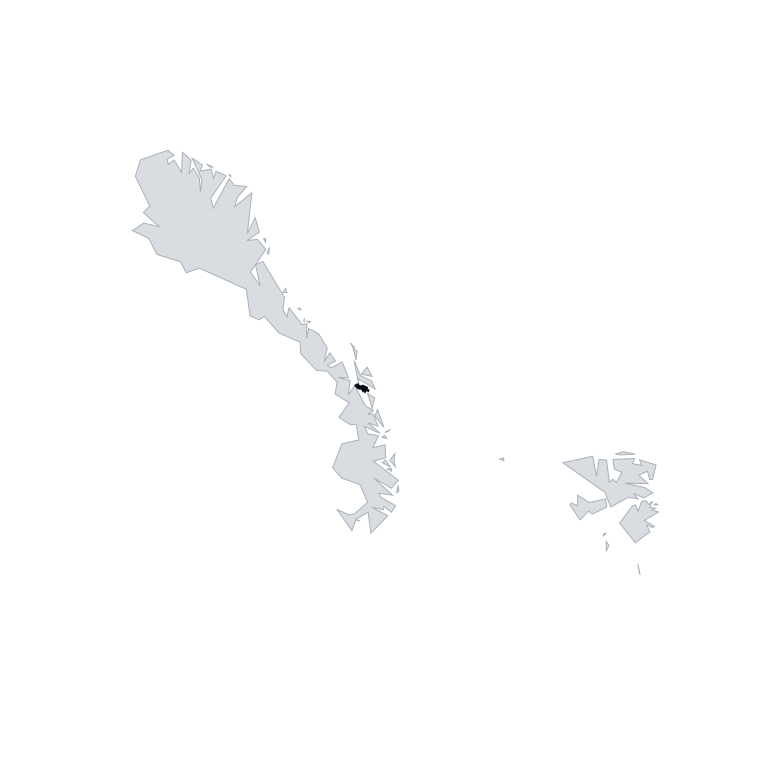 Harstad nor, Troms, Norway shown in context, rotated 110°
{"feature_id": "86288312B68786515183071", "entity_name": "Harstad nor", "entity_type": "district", "adm_level": 2, "iso_a3": "NOR", "parent_name": "Norway", "parent_adm1": "Troms", "projection": "orthographic", "projection_center": [16.539, 68.812], "detail": "fine", "context": "in_parent", "style": "filled", "palette": "ink", "viewbox_px": 768, "rotation_deg": 110, "n_neighbors": 0, "source": "geoboundaries", "source_scale": "gbopen_adm2", "svg_char_len": 7195}
<svg xmlns="http://www.w3.org/2000/svg" viewBox="0 0 768 768"><g transform="rotate(110 384 384)"><path d="M445.2,388.5L431.2,396.5L433.8,401.2L430.8,415.0L413.6,410.2L410.1,426.6L398.3,428.7L391.4,441.7L394.3,452.0L384.0,472.6L373.4,477.2L371.9,500.1L361.4,519.6L366.4,523.0L365.8,533.2L342.1,545.7L338.3,597.1L347.2,607.9L338.8,616.9L339.9,641.6L327.7,654.8L325.9,672.9L315.0,664.9L313.0,648.8L305.3,668.8L296.8,665.0L273.8,688.7L256.6,689.5L238.3,667.0L240.9,659.5L247.1,664.6L251.4,661.7L245.2,657.9L254.3,646.7L235.2,652.6L239.6,641.8L252.8,639.3L246.4,636.9L253.6,627.9L266.3,622.3L254.3,624.9L237.4,641.5L240.3,629.6L247.0,629.8L241.1,619.8L249.0,614.5L241.7,614.6L242.2,603.5L268.6,610.4L277.1,604.6L244.2,599.7L248.6,592.2L245.3,580.6L258.8,585.6L268.3,584.9L249.4,573.5L289.0,564.0L271.9,561.8L283.9,553.1L296.0,561.8L291.4,552.4L298.0,541.1L324.4,547.9L334.2,533.8L315.8,545.6L310.4,539.7L336.7,507.1L348.8,504.5L353.9,498.2L344.8,499.3L356.2,481.3L353.7,477.1L367.9,472.4L357.6,473.7L359.2,462.5L369.6,449.7L383.7,447.8L373.3,445.6L379.1,437.4L385.7,443.8L386.8,439.0L377.6,430.9L390.3,419.5L393.4,429.1L392.3,417.1L406.1,413.9L395.5,411.1L411.1,393.6L412.4,384.9L418.4,389.0L415.9,384.2L425.8,375.1L425.9,385.6L431.7,370.9L430.6,387.7L436.4,382.3L434.5,371.6L447.5,372.7L440.8,362.2L452.8,357.2L460.2,367.3L469.6,337.6L479.5,341.5L475.6,361.9L485.5,337.9L488.5,351.5L491.7,348.1L494.3,331.4L502.0,333.2L499.1,342.1L502.5,341.7L504.0,353.3L506.5,335.4L528.6,345.3L510.0,355.0L520.7,364.1L532.8,364.0L518.0,385.1L518.9,372.2L516.0,367.2L500.9,359.0L486.9,371.9L486.8,391.6L480.3,403.6L454.6,403.1L445.2,388.5ZM394.3,94.2L402.1,100.9L401.5,112.2L405.0,106.1L406.8,115.4L421.9,128.8L410.3,139.4L396.8,189.0L380.5,163.2L397.9,152.8L381.4,156.0L379.3,148.9L399.3,138.6L395.2,136.3L397.1,131.9L385.7,130.2L385.2,138.6L376.6,143.0L368.3,123.0L373.8,123.3L372.3,113.9L367.9,118.0L367.0,100.7L381.9,99.0L382.9,101.7L375.8,106.6L382.5,113.2L387.3,101.8L394.7,123.4L392.2,103.4L394.3,94.2ZM410.4,82.2L423.2,92.9L425.3,81.1L426.9,82.3L426.7,88.8L432.1,83.6L447.2,93.6L434.1,115.1L413.9,108.9L411.4,106.3L416.6,101.7L406.5,101.9L404.0,97.4L406.8,94.3L402.3,91.6L409.1,92.1L408.0,86.3L410.8,89.0L410.4,82.2ZM423.5,132.6L435.0,143.8L433.5,148.3L444.7,153.4L433.9,167.9L431.5,167.0L432.3,160.4L422.1,163.9L425.3,150.9L416.1,136.4L423.5,132.6ZM387.9,410.2L395.8,406.0L372.3,420.1L384.4,408.7L385.3,396.9L391.7,390.5L387.9,410.2ZM400.3,388.1L410.7,387.0L398.4,396.2L400.3,388.1ZM410.4,381.3L424.8,369.2L417.4,381.7L410.4,381.3ZM363.9,123.9L369.6,137.1L370.8,142.8L365.8,136.1L363.9,123.9ZM380.9,397.9L382.5,408.6L374.0,405.7L380.9,397.9ZM458.4,344.4L453.6,352.5L445.7,350.1L454.4,347.7L458.4,344.4ZM460.0,349.7L458.4,358.8L454.9,356.7L460.0,349.7ZM362.4,420.5L370.9,418.5L361.4,425.0L362.4,420.5ZM474.8,79.1L466.0,84.0L475.0,78.5L474.8,79.1ZM458.7,117.5L465.2,117.9L456.1,121.2L458.7,117.5ZM474.4,336.2L479.7,333.4L481.8,334.9L474.4,336.2ZM463.4,347.0L462.8,351.9L460.9,348.0L463.4,347.0ZM434.3,362.8L434.5,367.6L432.1,366.0L434.3,362.8ZM415.3,245.2L414.9,249.8L412.5,246.2L415.3,245.2ZM452.2,126.2L449.2,126.1L448.6,124.4L452.2,126.2ZM331.2,506.5L332.7,510.5L327.7,509.2L331.2,506.5ZM424.3,362.4L427.3,364.0L429.2,366.7L424.3,362.4ZM403.9,85.7L405.1,88.7L403.3,87.6L403.9,85.7ZM300.9,538.6L294.8,538.3L301.4,536.8L300.9,538.6ZM291.4,543.8L288.7,546.7L287.9,544.9L291.4,543.8ZM360.0,426.0L356.9,429.6L360.4,423.5L360.0,426.0ZM239.6,621.1L238.0,626.1L238.7,619.3L239.6,621.1ZM351.3,477.8L350.2,474.5L352.0,474.9L351.3,477.8ZM521.1,359.4L521.3,363.3L520.9,362.7L521.1,359.4ZM352.7,480.8L349.4,481.3L353.4,480.1L352.7,480.8ZM342.7,487.3L342.8,490.4L341.3,489.3L342.7,487.3ZM241.8,598.9L239.7,601.7L240.5,599.2L241.8,598.9Z" fill="#d9dde1" stroke="#a8b0b8" stroke-width="1"/><path d="M394.9,410.4L395.2,410.3L395.3,410.2L395.5,410.2L395.5,409.9L395.4,409.8L395.4,409.5L395.4,409.4L395.5,409.2L395.4,409.1L395.4,408.9L395.5,409.0L395.5,408.9L395.8,408.8L395.8,408.7L396.1,408.4L396.1,408.1L396.3,408.0L396.3,407.8L396.3,407.7L396.1,407.5L396.3,407.5L396.2,407.4L396.3,407.5L396.3,407.4L396.5,407.2L396.6,407.3L396.6,407.2L396.4,407.2L396.2,407.1L396.3,407.0L396.1,407.0L396.1,406.9L395.8,407.0L395.7,406.9L395.9,406.9L395.9,406.7L396.0,406.7L395.9,406.6L396.0,406.5L396.2,406.4L396.3,406.3L396.3,406.1L396.3,405.9L396.3,405.6L396.2,405.6L396.1,405.9L396.1,406.0L395.7,406.0L395.8,405.8L396.0,405.6L396.3,405.4L396.1,405.5L396.1,405.3L396.1,405.2L395.9,405.2L396.1,405.0L396.1,404.9L396.0,404.7L395.9,404.5L396.0,404.4L396.2,404.5L396.2,404.4L396.3,404.3L396.3,404.2L396.2,404.1L396.3,404.1L396.3,403.9L396.2,403.9L396.3,403.8L396.2,403.8L396.2,403.7L395.9,403.9L395.9,404.1L395.8,403.9L395.9,403.7L396.0,403.1L396.3,402.9L396.3,402.7L396.0,402.6L395.9,402.7L395.8,402.8L395.9,403.0L395.7,403.1L395.6,403.3L395.6,403.2L395.2,403.1L395.3,402.9L395.2,402.8L395.4,402.5L395.3,402.2L395.1,402.1L394.8,402.2L394.5,402.1L393.9,401.5L393.4,401.2L393.1,400.6L393.1,400.4L392.9,400.4L392.9,400.5L392.8,400.9L392.9,401.0L393.1,401.3L393.4,401.6L393.5,401.8L393.7,402.3L393.7,402.5L393.8,402.7L393.6,402.8L393.4,402.8L393.2,402.6L393.2,402.4L393.1,402.1L392.8,401.9L392.8,402.2L392.6,402.6L392.9,403.0L392.8,403.3L393.0,403.3L393.2,403.6L393.5,403.6L394.0,404.4L393.9,404.5L393.7,404.6L393.6,404.8L393.7,405.0L394.0,404.9L394.0,405.4L394.0,406.2L394.5,406.4L394.2,406.7L394.4,406.8L394.6,407.2L394.4,407.5L393.0,408.3L393.4,409.2L393.6,409.1L393.9,409.4L394.0,409.6L394.3,409.8L394.6,409.8L394.9,410.1L394.9,410.4ZM393.8,398.5L393.4,398.4L393.1,398.6L393.0,398.8L393.0,399.0L392.9,399.1L392.9,399.3L393.0,399.3L393.2,399.5L393.3,399.5L393.5,399.6L393.8,399.8L393.9,400.1L394.0,400.4L394.1,400.5L394.6,401.0L394.8,401.2L394.8,401.3L395.0,401.3L394.9,401.3L395.0,401.4L395.4,401.4L395.6,401.5L396.0,401.6L396.4,401.3L396.8,401.0L396.8,400.9L396.5,400.9L396.5,400.6L396.5,400.4L396.9,399.9L396.7,400.1L396.7,399.8L396.4,399.7L396.5,399.6L396.5,399.4L396.5,399.1L396.3,399.1L396.1,399.0L396.0,399.4L396.1,399.6L395.9,399.7L395.7,399.5L395.5,399.3L395.5,399.1L395.3,399.2L395.2,399.3L394.8,399.2L394.6,399.1L394.5,398.9L394.4,398.8L394.3,398.7L394.2,398.5L393.8,398.5ZM395.8,397.6L395.6,397.5L395.4,397.6L395.1,397.7L395.1,397.8L395.0,398.0L394.8,398.1L394.8,398.3L394.8,398.5L395.0,398.5L395.3,398.5L395.6,398.4L395.9,398.6L396.0,398.7L396.1,398.4L396.1,398.1L395.9,398.1L395.7,398.1L395.7,397.9L395.8,397.7L395.8,397.6ZM397.6,398.9L397.2,398.9L397.2,399.0L396.9,399.2L396.9,399.3L396.9,399.5L397.1,399.7L397.0,400.0L397.4,399.9L397.7,399.5L398.0,399.3L397.9,399.2L397.8,399.3L397.7,399.3L397.8,399.2L397.7,399.2L397.6,398.9ZM395.5,397.1L395.5,397.3L395.4,397.4L395.3,397.5L395.9,397.5L396.0,397.2L395.9,397.2L395.7,397.2L395.5,397.1ZM397.5,400.9L397.2,400.9L397.2,401.1L397.1,401.3L397.3,401.4L397.5,401.2L397.5,400.9ZM397.7,401.6L397.2,401.6L397.1,401.8L397.1,402.1L397.5,401.8L397.7,401.6L397.7,401.6ZM397.0,405.6L396.9,405.4L396.7,405.6L396.7,405.8L396.8,405.8L397.0,405.7L397.0,405.6ZM395.4,396.7L395.1,396.8L395.2,397.0L395.3,397.1L395.4,396.9L395.5,396.8L395.4,396.7ZM395.7,396.4L395.5,396.5L395.8,396.7L395.9,396.4L395.7,396.5L395.6,396.4L395.7,396.4Z" fill="#0f172a" stroke="#020617" stroke-width="1.5"/></g></svg>